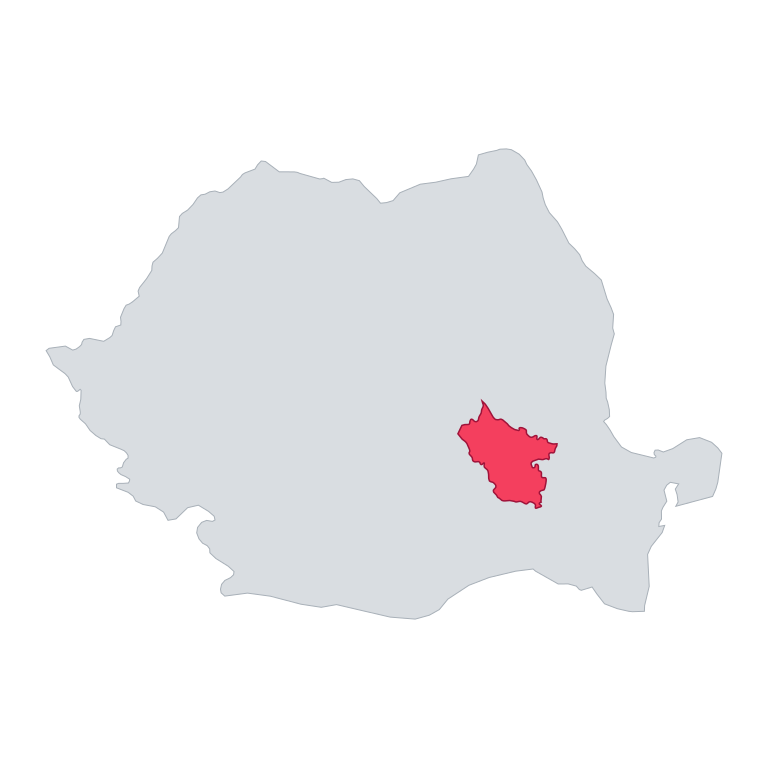 location of Buzau within Romania
{"feature_id": "ROU-314", "entity_name": "Buzau", "entity_type": "County", "adm_level": 1, "iso_a3": "ROU", "parent_name": "Romania", "parent_adm1": "", "projection": "albers", "projection_center": [26.856, 45.281], "detail": "fine", "context": "in_parent", "style": "filled", "palette": "rose", "viewbox_px": 768, "rotation_deg": 0, "n_neighbors": 0, "source": "natural_earth", "source_scale": "10m", "svg_char_len": 6678}
<svg xmlns="http://www.w3.org/2000/svg" viewBox="0 0 768 768"><path d="M613.8,436.6L621.5,447.0L631.3,452.5L653.8,458.0L655.7,457.2L655.9,456.1L654.3,454.6L654.0,452.6L655.1,450.2L658.2,450.0L663.3,452.0L672.8,448.6L686.7,439.8L699.6,437.6L711.6,442.3L717.8,447.9L721.9,453.3L720.9,460.2L720.3,464.5L717.8,482.2L715.9,488.9L712.6,496.4L675.8,506.3L678.1,502.0L677.1,494.6L675.3,489.1L678.7,483.9L670.3,482.3L666.7,485.2L664.0,490.1L666.8,501.2L662.9,507.4L661.4,510.9L661.5,519.1L659.1,522.7L658.8,526.5L664.7,525.4L662.2,532.5L651.3,546.3L647.6,554.4L649.2,586.4L644.6,605.6L644.4,611.3L632.4,611.7L628.8,611.3L617.4,608.7L604.5,603.8L596.9,594.0L592.1,587.0L581.3,590.3L579.3,589.5L576.3,586.1L568.2,583.9L558.2,584.0L535.6,571.2L533.1,569.0L515.5,571.2L489.1,577.5L468.9,585.3L447.9,599.1L439.3,609.6L429.3,615.2L415.2,619.1L390.2,617.1L364.3,611.1L336.5,604.6L321.3,607.3L300.9,604.2L270.4,596.2L247.5,593.1L224.8,596.1L221.1,592.8L220.5,589.2L221.6,584.3L224.9,580.4L230.6,577.6L233.6,574.7L234.0,571.5L228.2,566.2L216.0,558.6L211.1,554.0L209.9,552.8L209.7,548.9L207.3,545.7L202.6,543.2L199.0,538.9L196.7,532.9L197.6,527.4L201.6,522.4L206.6,520.4L212.4,521.4L215.0,520.0L214.2,516.3L208.6,511.4L198.4,505.2L187.6,507.7L176.0,518.9L168.0,520.3L163.6,512.1L155.3,506.8L143.1,504.5L135.7,501.0L133.2,496.2L128.1,492.3L116.5,487.8L116.5,484.2L118.5,483.4L122.7,483.4L128.4,483.0L129.5,481.0L129.7,479.2L125.4,476.5L121.0,474.6L118.8,472.8L117.4,471.0L117.2,469.1L118.6,467.9L120.4,467.9L122.3,467.0L123.6,462.7L126.2,459.3L128.0,458.2L128.1,455.5L126.5,452.9L124.2,450.7L120.7,449.1L109.7,444.7L104.4,439.1L101.0,438.7L95.7,435.4L90.1,430.5L85.5,423.8L80.3,419.2L79.0,417.4L79.0,415.8L80.2,414.1L80.3,412.1L79.3,405.8L80.8,399.3L81.0,393.1L81.1,390.3L80.1,389.3L79.1,390.2L77.7,391.3L76.3,391.4L72.6,386.6L68.2,377.0L65.0,373.6L58.6,368.9L53.3,364.9L49.8,356.8L46.1,350.6L49.1,348.3L65.4,346.1L72.7,350.1L76.1,349.1L79.6,346.6L81.6,344.5L82.1,342.2L83.9,339.4L89.5,338.4L103.7,341.3L109.8,337.6L112.1,335.5L113.7,330.6L115.5,326.8L120.8,325.0L121.0,321.4L120.5,317.3L124.0,308.7L126.1,305.2L129.1,304.1L132.8,301.6L139.2,296.2L138.1,291.1L139.6,287.5L146.5,278.8L151.8,270.4L152.0,266.0L153.0,262.2L157.5,258.3L162.3,253.1L169.2,236.4L171.4,233.7L175.4,230.7L178.5,227.7L179.5,216.5L182.3,213.4L187.6,210.1L193.0,204.5L197.5,197.9L200.9,194.9L205.1,194.2L209.8,191.8L215.0,191.0L219.8,192.6L223.0,192.1L227.9,189.0L240.6,177.0L242.4,174.5L245.0,172.9L255.0,169.1L257.6,164.8L261.2,161.0L265.5,161.5L279.2,171.8L294.3,171.9L297.1,172.3L298.0,172.6L299.8,173.4L319.7,179.0L322.9,178.6L323.8,178.2L331.7,182.4L338.9,182.2L345.8,179.6L352.9,178.9L359.4,180.7L364.2,186.5L376.8,198.6L380.5,203.2L386.5,202.6L393.1,200.6L399.8,192.8L420.3,184.2L435.8,182.2L451.0,178.8L468.5,176.4L473.6,169.1L476.4,164.1L478.4,154.9L487.8,152.2L496.7,150.4L499.9,149.2L506.4,148.9L511.4,149.7L519.2,154.2L524.7,160.0L526.8,164.5L531.5,171.0L536.5,180.0L542.0,192.0L543.2,198.1L545.3,204.7L549.4,212.7L557.2,221.5L558.3,223.2L561.9,229.4L568.9,243.2L574.6,248.7L579.7,254.7L582.2,260.8L585.8,266.2L594.4,273.4L601.3,280.0L607.1,299.0L611.1,307.7L613.6,314.4L612.7,328.1L614.3,333.9L611.3,344.5L605.9,366.1L604.8,383.1L606.0,392.3L606.2,398.2L607.6,401.9L609.3,409.7L609.6,416.5L607.6,418.4L604.7,420.1L603.6,421.5L606.3,424.5L610.1,430.1L613.8,436.6Z" fill="#d9dde1" stroke="#a8b0b8" stroke-width="1"/><path d="M476.3,421.7L477.6,421.0L478.3,420.1L478.8,417.7L479.3,416.3L480.4,414.5L481.1,413.2L481.4,411.8L481.5,410.7L481.8,409.4L483.1,406.6L483.3,405.4L483.1,404.2L482.7,403.3L482.1,401.1L485.3,404.2L488.2,408.5L492.9,416.8L494.3,418.5L495.5,419.5L497.6,419.8L498.6,419.7L499.4,419.5L500.2,419.2L501.1,419.2L502.7,419.9L507.3,423.8L508.9,425.8L511.3,427.6L514.4,429.4L515.2,429.7L516.6,430.0L517.7,430.3L518.4,430.5L518.9,430.4L519.2,430.1L519.4,429.6L519.4,429.3L519.3,429.0L519.2,428.8L519.1,428.4L519.3,428.0L519.8,427.7L520.9,427.6L522.6,427.9L524.7,428.9L526.0,429.8L526.4,430.7L526.4,431.6L526.4,432.8L526.9,434.2L528.8,436.1L530.1,437.0L531.1,437.3L532.0,437.2L532.9,436.9L534.6,435.9L535.4,435.6L536.4,435.6L536.9,436.0L537.0,436.7L536.8,438.5L537.1,439.4L537.7,439.6L538.4,439.3L539.0,438.7L539.6,438.0L540.2,437.5L540.9,437.2L542.1,437.5L542.9,437.9L543.6,438.6L544.2,438.8L545.5,438.7L546.4,438.9L546.9,439.4L547.2,440.1L547.3,440.9L547.5,441.7L548.0,442.5L548.7,442.8L552.1,443.8L553.7,444.0L557.0,443.8L556.8,445.8L555.5,448.1L555.0,449.5L554.5,451.8L553.8,452.7L552.9,452.9L551.8,452.7L550.7,452.7L549.4,453.3L548.9,454.2L548.9,455.2L549.3,457.5L549.0,459.1L548.6,459.5L548.0,459.3L547.5,458.9L546.7,458.7L545.7,458.7L542.9,459.6L542.0,459.6L538.6,459.1L532.8,461.2L531.8,462.1L531.2,462.9L531.1,463.7L531.2,464.4L532.2,467.2L532.7,467.7L533.4,467.8L534.3,467.6L534.9,467.0L535.1,466.3L535.2,465.7L535.2,465.0L535.6,464.5L536.3,464.3L536.9,464.3L537.6,464.7L538.0,465.2L538.3,466.0L538.4,466.8L538.4,468.9L538.4,470.0L538.8,470.7L539.5,471.0L540.4,471.3L541.0,471.8L541.4,472.6L541.5,473.6L541.4,475.6L541.5,476.5L541.8,477.2L542.3,477.6L543.2,477.7L545.0,477.7L545.6,477.9L546.0,478.6L546.2,479.5L546.1,481.2L545.8,483.4L545.0,487.2L544.5,488.9L543.9,489.9L541.3,490.6L540.5,491.0L539.5,491.9L539.3,492.9L539.5,493.8L540.2,494.4L540.9,495.4L541.4,496.6L540.9,501.4L541.2,502.1L539.6,502.9L539.3,503.4L539.3,504.0L539.8,504.5L540.6,505.0L541.1,505.5L541.4,506.0L541.1,506.5L540.4,506.9L538.8,507.3L536.7,508.1L536.2,508.2L535.7,508.2L535.4,507.9L535.3,507.4L535.3,506.9L535.4,506.2L535.5,505.5L535.4,504.8L535.0,504.1L534.3,503.4L533.3,502.8L532.1,502.2L530.4,501.7L529.3,501.9L528.4,502.4L527.7,503.2L526.6,503.9L525.6,503.8L524.6,503.4L522.4,502.1L520.7,501.4L519.3,501.4L516.8,501.9L515.7,501.9L514.8,501.6L514.1,501.3L509.7,500.5L504.9,500.9L503.2,500.8L501.9,500.4L499.4,498.3L497.8,497.4L496.4,495.0L493.7,492.2L493.4,491.1L493.4,490.2L493.9,489.5L495.2,488.1L495.8,487.3L495.9,485.9L495.6,485.0L495.0,484.2L493.4,482.6L492.8,482.3L490.7,481.7L489.5,481.0L489.1,479.9L488.7,478.4L488.6,474.5L488.4,473.1L488.1,471.5L487.7,470.4L487.0,469.5L485.3,468.1L484.3,467.0L484.1,465.7L484.2,464.7L484.4,463.9L484.3,463.2L484.0,462.9L483.4,463.2L482.2,464.3L481.6,464.6L481.0,464.5L480.3,463.8L479.9,462.5L479.2,461.9L478.4,461.6L475.2,461.9L474.2,461.7L473.2,461.1L472.7,460.3L472.5,459.6L472.4,458.7L472.2,457.6L471.4,456.5L469.4,454.3L469.1,453.2L469.2,452.4L469.7,451.7L469.8,450.7L469.4,449.2L467.0,443.7L466.0,442.3L465.0,441.3L462.1,439.1L457.9,433.8L461.9,425.4L464.7,424.6L468.2,424.5L469.1,424.2L469.6,423.6L469.9,421.6L470.2,420.6L470.8,419.5L471.5,419.2L472.3,419.4L473.0,419.9L474.3,421.2L475.1,421.6L476.3,421.7Z" fill="#f43f5e" stroke="#9f1239" stroke-width="1.5"/></svg>